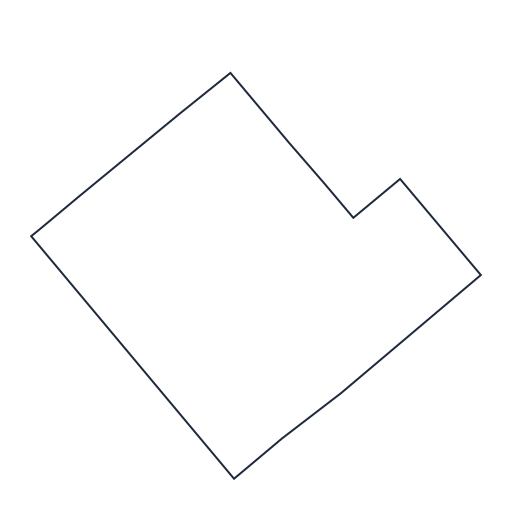 the district of Portage, Wisconsin, United States of America, rotated 140°
{"feature_id": "52423323B90937384795518", "entity_name": "Portage", "entity_type": "district", "adm_level": 2, "iso_a3": "USA", "parent_name": "United States of America", "parent_adm1": "Wisconsin", "projection": "mercator", "projection_center": [-89.565, 44.465], "detail": "fine", "context": "isolated", "style": "outline", "palette": "slate", "viewbox_px": 512, "rotation_deg": 140, "n_neighbors": 0, "source": "geoboundaries", "source_scale": "gbopen_adm2", "svg_char_len": 326}
<svg xmlns="http://www.w3.org/2000/svg" viewBox="0 0 512 512"><g transform="rotate(140 256 256)"><path d="M96.0,96.9L96.1,222.4L156.9,222.7L157.0,267.3L157.9,322.1L157.9,412.7L223.2,414.1L352.9,415.4L404.1,415.5L415.5,415.7L416.0,99.5L353.1,99.5L278.9,96.3L96.0,96.9Z" fill="none" stroke="#1e293b" stroke-width="2"/></g></svg>